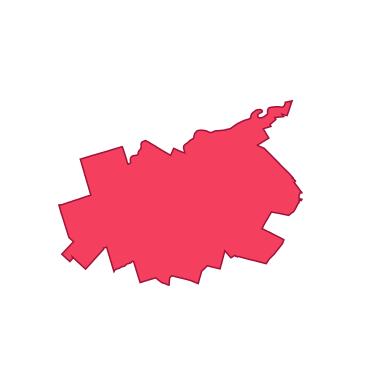 Izvoarele, Giurgiu, Romania, rotated 44°
{"feature_id": "2599482B10041458655839", "entity_name": "Izvoarele", "entity_type": "district", "adm_level": 2, "iso_a3": "ROU", "parent_name": "Romania", "parent_adm1": "Giurgiu", "projection": "orthographic", "projection_center": [25.808, 44.04], "detail": "fine", "context": "isolated", "style": "filled", "palette": "rose", "viewbox_px": 384, "rotation_deg": 44, "n_neighbors": 0, "source": "geoboundaries", "source_scale": "gbopen_adm2", "svg_char_len": 5865}
<svg xmlns="http://www.w3.org/2000/svg" viewBox="0 0 384 384"><g transform="rotate(44 192 192)"><path d="M152.5,326.9L152.3,322.6L150.9,321.8L169.0,321.4L168.9,317.5L168.1,294.2L167.3,293.7L168.9,291.0L191.2,303.5L190.7,301.4L191.5,299.3L192.6,297.6L193.2,295.2L195.1,291.9L195.0,289.4L197.1,285.7L197.3,283.2L197.9,283.0L198.2,282.8L198.3,282.6L217.6,293.2L219.2,290.3L220.2,288.4L222.6,284.1L225.6,278.9L228.2,278.7L229.7,278.7L230.4,278.5L231.4,278.4L233.6,278.0L234.2,277.8L236.3,276.6L239.4,275.5L239.7,275.3L240.0,275.1L240.2,274.9L238.8,273.3L235.5,269.1L235.6,266.2L236.0,266.1L237.9,265.0L249.0,258.5L252.6,256.6L258.9,254.1L260.1,253.5L257.8,249.5L254.9,243.9L254.3,243.1L254.0,242.4L254.0,242.0L254.1,241.3L254.3,234.3L254.7,234.2L258.2,232.2L260.7,230.7L262.7,229.5L265.6,227.8L264.0,225.0L263.4,224.0L263.0,223.0L261.7,220.8L257.6,213.5L256.9,212.2L256.4,211.4L260.2,211.8L261.1,211.9L263.6,212.1L265.0,212.2L265.7,212.3L265.8,212.1L266.6,208.8L266.8,208.2L267.6,207.6L267.9,207.5L268.0,207.5L268.2,207.9L268.3,207.9L268.7,207.6L269.9,207.0L270.1,206.3L270.3,206.1L273.2,204.5L275.3,203.3L279.4,201.1L284.9,197.8L294.0,192.7L295.2,192.0L294.3,187.5L294.2,187.1L294.1,186.1L294.3,179.7L293.9,176.4L293.7,173.5L293.0,167.1L292.9,166.2L292.7,166.2L292.4,165.2L291.3,162.5L291.1,162.5L278.3,166.4L277.3,166.6L276.0,167.0L273.3,168.0L267.8,169.6L266.4,165.2L265.5,161.8L265.3,160.5L263.0,151.1L265.7,149.5L268.2,147.7L270.9,146.0L274.4,143.8L277.2,142.0L277.4,141.7L277.5,141.5L277.8,141.5L277.9,140.7L278.2,138.1L278.7,136.1L278.5,134.1L278.3,133.3L278.2,133.2L278.1,132.9L278.1,132.5L277.8,131.4L276.5,127.1L276.4,126.9L276.2,126.7L276.3,126.6L276.4,126.2L276.4,125.8L276.4,125.6L276.1,125.0L276.0,124.6L275.9,124.5L275.6,124.6L275.3,124.4L275.1,124.1L275.0,123.8L274.8,123.4L275.2,123.1L276.6,122.3L276.2,120.9L274.9,121.6L273.9,122.3L273.7,122.3L272.4,121.2L271.6,120.3L271.2,119.7L270.9,118.8L270.5,117.9L270.6,117.6L271.3,116.6L271.6,116.2L271.1,116.0L268.1,115.7L265.8,115.2L262.3,114.7L260.5,114.4L258.8,114.2L258.9,112.3L257.5,112.1L257.2,112.1L256.7,112.2L256.0,112.2L254.4,112.3L254.4,112.2L254.5,111.9L255.2,111.8L255.2,111.7L250.1,111.2L243.9,111.1L243.8,111.3L243.4,111.3L243.2,111.3L242.8,111.1L241.7,111.1L237.2,111.1L235.2,110.9L231.8,110.8L213.8,110.4L212.0,111.0L208.5,112.4L207.3,112.8L206.9,113.0L206.6,113.0L206.4,112.9L206.5,112.7L207.6,108.8L207.9,107.3L208.6,104.8L209.0,103.0L209.9,99.9L209.4,99.7L208.1,99.4L207.5,99.2L206.5,99.0L205.2,98.6L204.7,98.5L201.1,97.5L199.6,97.2L199.4,97.1L199.4,96.8L199.6,96.4L200.1,95.6L202.1,92.1L203.0,90.5L203.3,89.9L201.2,89.4L202.0,81.9L202.0,81.6L201.7,81.4L199.9,81.0L199.8,80.9L200.7,79.8L202.2,78.1L202.8,77.3L203.3,76.8L205.5,74.1L205.3,74.1L203.7,73.8L202.7,73.5L203.6,73.1L207.3,71.0L204.8,65.4L202.9,61.7L202.8,61.3L202.1,59.8L202.0,59.7L201.9,59.7L201.6,59.7L201.3,59.6L201.5,59.2L201.5,58.7L200.8,57.2L200.7,56.9L200.2,57.6L198.7,59.8L197.3,62.0L196.8,62.7L197.1,63.1L197.5,63.7L197.9,64.6L198.5,65.8L198.5,66.5L198.4,67.4L197.6,68.7L195.1,70.5L194.0,71.6L192.6,73.0L190.0,76.2L189.5,76.9L189.2,77.4L188.9,78.5L189.1,79.7L189.9,81.1L191.3,82.5L192.3,83.8L192.1,84.6L191.8,85.9L191.7,86.9L191.5,87.9L190.9,89.4L190.0,90.8L189.5,91.3L189.1,91.7L188.5,92.0L187.8,92.2L187.2,92.0L186.4,91.5L185.7,90.6L185.6,90.4L185.6,90.1L186.0,88.4L186.6,86.9L186.8,86.1L186.9,85.5L186.7,85.2L185.9,84.8L185.0,84.8L184.4,85.0L183.6,85.3L181.6,88.0L181.4,88.5L181.2,88.7L180.8,91.6L180.6,93.0L180.7,94.5L180.8,95.0L181.9,96.9L182.5,97.8L182.7,98.5L182.5,99.1L182.1,100.2L180.1,103.8L179.7,104.5L177.5,110.4L176.5,114.6L175.8,118.8L175.1,120.6L173.5,122.9L172.5,124.7L170.4,127.2L170.0,127.8L169.5,128.3L167.3,130.7L166.5,131.7L166.2,132.1L165.8,132.9L165.5,133.6L165.3,134.1L164.9,135.2L164.3,136.1L163.5,136.7L162.3,137.2L160.1,138.0L159.0,138.6L157.9,139.3L156.4,140.5L155.3,141.5L153.7,143.4L153.1,144.7L153.2,146.9L153.3,148.0L153.8,149.0L154.4,150.0L155.3,151.4L155.5,151.9L155.7,152.5L155.7,152.8L155.6,153.1L155.3,154.3L154.9,155.5L154.7,156.4L154.7,157.9L154.7,158.7L154.6,159.6L154.2,161.4L154.0,162.9L154.0,163.9L154.2,164.7L154.8,165.6L155.6,166.3L156.5,166.9L158.7,168.2L159.5,168.9L159.0,169.1L158.6,169.5L158.2,169.7L156.0,170.5L154.5,171.3L153.0,171.7L151.2,172.3L150.6,172.6L149.5,172.9L148.8,173.1L148.6,173.2L148.5,173.3L148.6,173.5L149.7,176.4L151.1,180.5L144.5,182.1L142.4,182.7L139.5,183.3L137.4,183.8L136.3,184.0L135.3,184.4L134.6,184.3L132.7,184.8L131.7,185.0L128.0,185.9L125.6,186.4L124.6,186.8L122.8,187.2L122.7,187.3L122.4,188.2L122.2,188.6L121.4,190.5L121.4,191.0L121.5,191.8L121.8,192.6L122.1,193.0L124.0,194.7L124.4,195.2L124.7,195.7L124.9,196.2L125.2,197.1L125.2,197.9L125.2,198.6L125.3,199.2L125.4,199.9L125.7,200.6L126.8,202.2L127.0,202.8L126.9,203.3L126.8,203.6L126.4,204.4L125.7,205.1L124.5,206.7L124.1,207.7L123.9,208.7L124.0,209.1L124.2,210.1L124.6,210.8L124.9,211.3L125.7,212.1L126.9,213.0L127.3,213.3L127.4,213.6L127.4,213.8L127.4,214.3L126.8,216.4L126.1,216.3L123.6,215.0L122.2,214.0L120.9,213.4L118.2,211.9L115.3,210.4L110.6,207.9L110.3,207.9L110.2,208.0L103.8,219.4L103.5,220.0L103.2,220.7L101.9,222.8L99.9,226.5L99.5,226.9L99.4,227.2L95.8,233.5L95.3,234.2L95.0,234.9L88.8,246.0L89.3,246.2L92.5,248.0L93.0,248.4L93.4,248.6L94.5,249.2L101.9,253.4L103.2,254.2L104.3,254.8L111.5,258.9L112.9,259.6L116.1,261.5L117.3,262.1L118.8,263.1L120.8,264.1L121.4,264.5L121.1,265.1L119.4,268.1L118.6,269.5L118.4,270.1L116.3,274.1L115.8,275.3L113.0,280.3L111.5,283.4L110.5,285.1L109.5,287.1L108.1,289.7L108.0,290.1L107.7,290.9L107.6,291.1L107.0,291.7L105.3,293.8L113.4,298.5L114.0,298.7L114.4,298.7L114.6,298.8L114.8,299.1L116.0,299.8L118.2,301.0L119.9,301.9L127.5,306.1L130.6,307.7L132.8,309.0L135.4,310.3L137.2,310.2L138.7,310.1L140.4,310.0L141.2,309.9L141.3,310.0L141.4,319.4L141.5,324.9L141.5,327.2L152.5,326.9Z" fill="#f43f5e" stroke="#9f1239" stroke-width="1.5"/></g></svg>